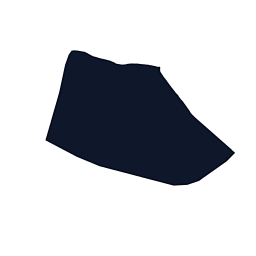 the district of Al Wadi', Abyan, Yemen, rotated 44°
{"feature_id": "15242507B19618049480108", "entity_name": "Al Wadi'", "entity_type": "district", "adm_level": 2, "iso_a3": "YEM", "parent_name": "Yemen", "parent_adm1": "Abyan", "projection": "mercator", "projection_center": [46.038, 13.695], "detail": "fine", "context": "isolated", "style": "filled", "palette": "ink", "viewbox_px": 256, "rotation_deg": 44, "n_neighbors": 0, "source": "geoboundaries", "source_scale": "gbopen_adm2", "svg_char_len": 1707}
<svg xmlns="http://www.w3.org/2000/svg" viewBox="0 0 256 256"><g transform="rotate(44 128 128)"><path d="M215.9,112.1L221.4,83.2L221.5,72.2L221.0,72.2L220.0,72.3L218.9,72.4L217.8,72.3L216.9,72.3L173.9,74.3L169.7,74.5L168.8,74.5L167.8,74.5L166.7,74.5L165.5,74.5L164.3,74.5L163.1,74.3L162.0,74.2L160.8,73.8L159.7,73.5L158.6,73.3L157.3,73.1L156.2,72.9L154.9,72.6L153.8,72.4L152.6,72.2L151.4,72.0L150.3,71.8L149.3,71.5L148.1,71.5L146.8,71.4L145.7,71.3L144.5,71.1L143.3,70.9L142.2,70.7L141.0,70.3L139.9,70.3L138.7,70.3L137.4,70.2L136.0,69.9L134.9,69.8L133.7,69.6L132.5,69.4L131.3,69.3L130.0,69.1L128.7,68.9L127.7,68.7L126.4,68.5L125.4,68.3L124.1,68.1L122.8,67.8L121.5,67.6L120.3,67.4L118.9,67.3L117.8,67.1L116.7,66.8L115.7,66.6L114.6,66.4L113.5,66.1L112.5,65.9L111.5,65.5L110.5,64.7L109.7,63.9L109.0,63.0L108.6,62.7L108.4,63.0L107.6,63.7L106.6,64.4L105.6,64.9L104.5,65.5L103.7,66.1L102.6,66.7L101.4,67.5L100.5,68.2L99.6,68.7L98.7,69.3L97.8,70.1L96.9,70.8L96.0,71.4L95.0,72.3L94.0,73.1L93.1,73.8L92.2,74.5L91.3,75.1L90.4,75.8L89.6,76.6L88.7,77.5L87.9,78.1L87.1,78.9L86.1,79.8L85.3,80.8L84.5,81.7L83.8,82.5L83.2,83.5L82.5,84.6L80.0,87.3L75.3,90.5L75.0,90.6L73.9,90.9L72.9,91.1L71.9,91.4L70.9,91.9L69.8,92.3L68.5,92.8L67.6,93.3L66.6,93.9L65.7,94.4L64.7,94.9L63.8,95.5L62.7,96.2L61.6,96.8L60.7,97.4L59.8,97.9L58.9,98.4L57.9,98.9L56.9,99.4L55.8,99.9L54.5,100.7L53.6,101.2L52.5,101.6L51.4,101.9L50.4,102.2L49.3,102.5L48.1,102.9L47.1,103.1L45.8,103.5L44.8,103.8L44.6,103.8L38.2,108.1L35.8,110.1L34.5,111.8L35.2,116.4L39.6,126.0L54.1,149.3L57.5,155.6L68.0,175.4L68.5,176.2L77.5,193.3L111.1,183.5L133.9,174.5L200.4,137.1L209.6,127.2L215.2,116.3L215.9,112.1Z" fill="#0f172a" stroke="#020617" stroke-width="1.5"/></g></svg>